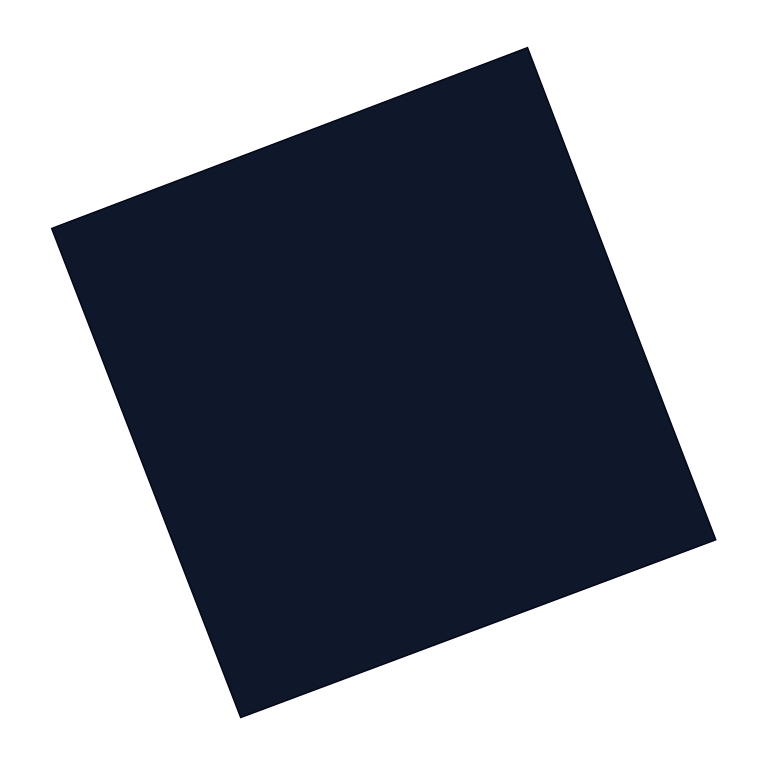 the district of Donley, Texas, United States of America, rotated 249°
{"feature_id": "52423323B98750800467499", "entity_name": "Donley", "entity_type": "district", "adm_level": 2, "iso_a3": "USA", "parent_name": "United States of America", "parent_adm1": "Texas", "projection": "mercator", "projection_center": [-100.881, 34.965], "detail": "fine", "context": "isolated", "style": "filled", "palette": "ink", "viewbox_px": 768, "rotation_deg": 249, "n_neighbors": 0, "source": "geoboundaries", "source_scale": "gbopen_adm2", "svg_char_len": 243}
<svg xmlns="http://www.w3.org/2000/svg" viewBox="0 0 768 768"><g transform="rotate(249 384 384)"><path d="M124.0,130.7L119.7,637.9L259.4,637.8L646.6,638.5L648.3,129.5L124.0,130.7Z" fill="#0f172a" stroke="#020617" stroke-width="1.5"/></g></svg>